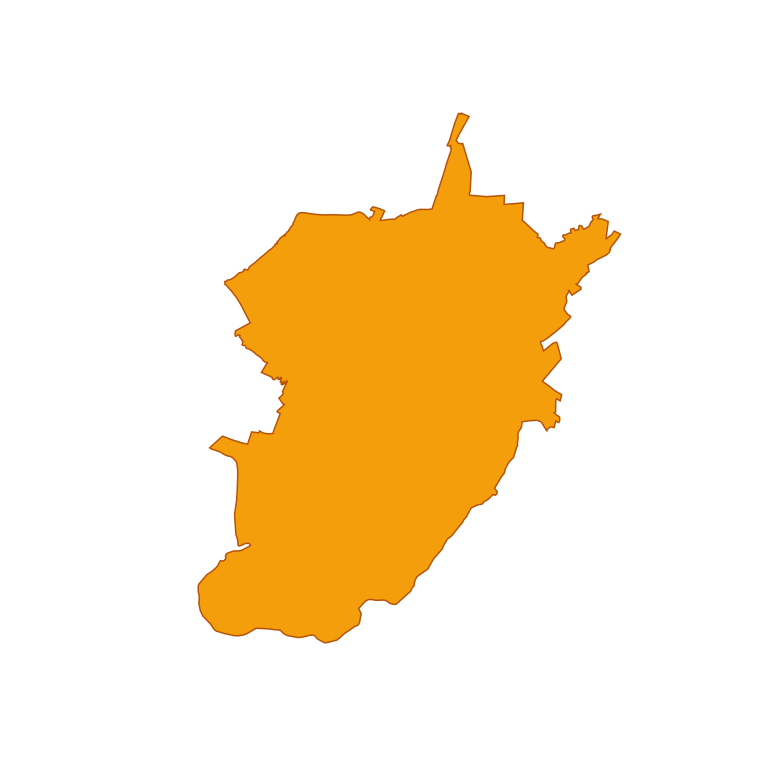 Balc, Bihor, Romania (Equal Earth projection), rotated 146°
{"feature_id": "2599482B50567308874625", "entity_name": "Balc", "entity_type": "district", "adm_level": 2, "iso_a3": "ROU", "parent_name": "Romania", "parent_adm1": "Bihor", "projection": "equal_earth", "projection_center": [22.518, 47.312], "detail": "fine", "context": "isolated", "style": "filled", "palette": "amber", "viewbox_px": 768, "rotation_deg": 146, "n_neighbors": 0, "source": "geoboundaries", "source_scale": "gbopen_adm2", "svg_char_len": 6171}
<svg xmlns="http://www.w3.org/2000/svg" viewBox="0 0 768 768"><g transform="rotate(146 384 384)"><path d="M460.0,555.7L459.8,555.7L458.5,546.3L457.9,537.5L458.3,530.1L460.7,509.5L477.3,511.1L479.5,508.9L480.4,507.0L480.2,506.4L477.6,506.2L476.7,505.8L476.1,505.1L476.3,504.6L477.0,504.4L477.5,503.8L477.2,502.5L477.3,499.7L476.9,498.9L477.0,498.5L479.8,495.8L479.4,494.9L477.5,493.4L478.2,490.9L477.8,489.9L476.7,489.0L474.9,485.5L474.7,484.1L473.8,482.6L473.6,480.5L471.7,475.8L471.0,473.1L471.1,471.0L470.9,470.2L470.4,468.9L468.7,466.9L468.9,466.3L470.0,466.4L479.2,462.1L472.9,452.0L473.6,450.7L473.3,449.9L472.5,448.8L469.8,448.9L468.7,449.4L468.1,448.6L469.2,446.9L467.6,446.2L467.0,446.9L465.9,447.2L465.7,446.5L465.8,446.0L467.6,445.0L467.8,444.3L468.6,444.0L468.8,443.6L468.2,442.5L467.4,442.0L466.0,442.1L466.2,441.7L466.8,441.2L468.9,441.8L469.2,441.4L469.3,440.9L468.6,440.3L467.2,440.0L466.3,440.0L464.4,440.8L462.9,440.9L462.5,440.4L472.1,434.7L472.5,433.4L473.2,432.3L474.9,431.6L479.0,431.1L479.0,424.6L478.0,422.6L486.9,421.4L488.2,420.7L486.5,417.6L502.2,406.5L503.5,405.0L507.5,407.2L510.1,409.5L511.6,411.0L513.5,414.7L515.0,413.5L520.6,418.3L530.7,410.4L535.7,415.8L542.0,423.8L547.1,431.1L564.3,428.6L563.5,426.7L558.1,419.7L555.9,414.9L554.4,412.4L551.7,409.6L550.6,407.0L550.0,402.5L550.3,400.7L553.2,394.9L556.7,389.6L565.0,378.1L571.4,369.8L580.8,359.5L590.9,342.1L592.5,336.6L594.9,332.4L595.1,331.1L594.5,330.6L591.9,329.9L589.2,329.6L587.0,328.7L585.5,327.7L584.8,326.7L584.9,324.9L586.3,324.8L594.8,325.7L596.8,326.4L602.3,329.7L608.1,331.3L610.1,331.2L611.5,330.1L612.9,327.6L616.1,327.0L618.5,329.0L620.2,328.3L623.5,326.3L626.1,325.6L632.0,324.9L637.3,325.0L649.0,321.8L651.1,320.2L654.2,315.6L655.4,312.2L657.9,308.5L660.4,305.2L663.0,298.9L663.9,292.9L662.0,281.6L662.1,277.5L661.8,274.3L661.0,272.7L655.5,266.0L649.0,259.2L645.1,256.4L640.7,254.5L636.7,253.6L626.6,253.0L615.5,244.7L611.7,241.1L608.5,238.7L607.6,237.5L606.8,233.1L604.7,229.4L597.2,222.0L595.6,221.0L590.0,218.5L586.3,217.4L583.4,215.6L582.2,214.0L581.8,210.5L581.3,209.0L578.3,203.2L577.3,202.2L573.7,200.6L571.5,200.0L566.5,198.1L563.1,198.2L556.9,199.2L543.5,199.3L540.7,198.7L539.5,198.9L537.3,200.3L532.6,205.2L531.7,205.8L531.3,206.9L530.5,212.1L520.8,214.4L517.2,213.9L514.1,211.6L511.5,209.1L505.0,205.0L503.3,203.1L501.6,198.6L498.8,195.5L496.8,194.7L477.9,197.3L474.4,199.4L472.0,199.9L469.1,203.1L464.5,205.9L451.0,206.1L441.3,211.1L427.8,214.8L425.3,216.6L418.2,220.0L412.9,220.3L396.3,225.4L393.3,227.0L389.3,227.9L388.8,228.5L380.9,232.6L373.5,231.3L370.3,229.7L369.0,229.7L367.1,230.5L363.3,230.1L360.4,230.4L355.5,231.5L354.1,229.6L352.6,229.6L351.5,230.2L350.3,231.6L350.7,235.7L338.2,241.6L334.5,242.7L330.0,246.3L326.5,248.2L323.8,249.4L317.6,250.7L309.7,257.2L307.8,258.1L306.7,260.1L303.5,263.7L300.7,267.9L298.7,269.4L295.1,270.8L293.5,272.1L290.6,275.4L284.4,272.5L277.3,268.2L274.8,264.5L275.3,255.2L275.1,254.1L273.9,255.2L270.3,255.4L269.3,255.0L267.4,252.7L262.2,257.3L261.7,257.0L261.7,255.9L260.6,254.3L258.5,255.7L256.9,258.6L258.6,262.6L259.0,265.2L257.4,264.8L251.4,273.5L249.2,275.4L247.4,271.5L242.7,275.8L246.6,284.2L247.8,288.6L251.2,297.8L223.0,305.8L217.7,320.7L217.7,322.2L220.8,323.3L233.3,322.2L231.6,327.4L231.4,330.0L230.3,331.5L227.8,330.7L222.5,330.6L213.2,331.3L201.7,332.6L198.8,333.7L193.2,334.6L191.5,335.5L192.0,337.7L192.8,338.9L193.0,342.8L193.2,344.4L192.1,346.2L186.2,350.3L184.3,354.4L181.8,356.1L179.4,357.1L178.8,358.4L178.6,358.4L178.2,357.8L178.1,356.6L178.6,355.8L178.5,352.5L167.5,352.5L167.6,353.3L166.6,354.1L168.9,359.2L167.2,358.9L160.6,361.4L154.1,362.1L153.9,363.0L151.4,362.4L151.0,362.6L148.5,368.9L144.2,368.0L141.3,367.8L138.2,368.0L128.0,366.7L124.2,367.0L121.4,368.5L121.1,369.6L119.5,370.4L108.7,374.0L104.1,376.0L107.6,382.1L111.5,380.5L118.5,380.1L117.8,381.3L107.3,393.3L110.6,398.5L114.2,401.5L109.6,403.8L112.6,404.7L116.4,406.5L117.3,406.5L118.1,405.9L118.6,403.4L119.0,403.1L121.6,402.7L124.0,401.3L125.2,400.3L127.0,400.1L131.5,400.5L132.2,401.0L131.9,401.7L131.8,404.4L132.0,404.9L133.0,406.0L134.2,405.8L136.0,403.6L136.5,403.5L139.8,404.3L139.5,406.9L142.2,407.9L143.3,407.5L144.4,404.5L146.5,405.7L150.0,406.0L151.3,407.0L152.1,407.2L152.9,406.9L153.3,406.4L153.4,405.6L152.9,403.7L153.0,402.8L153.5,402.4L154.6,402.2L159.7,403.2L161.8,404.5L162.9,404.7L164.8,403.5L166.3,401.7L167.8,401.3L172.3,406.1L172.7,409.9L172.2,410.4L173.3,414.0L173.4,415.4L173.0,416.5L172.9,417.5L173.3,418.3L174.9,419.7L174.9,420.1L173.2,421.1L172.8,421.6L172.7,422.4L174.0,426.4L177.5,441.5L178.0,442.1L167.1,456.2L184.1,465.7L178.7,473.0L193.8,481.7L207.5,492.6L206.6,494.5L205.4,495.1L203.7,497.1L193.1,511.1L184.3,539.4L186.1,540.2L187.8,542.5L187.9,545.7L182.4,548.9L163.9,558.2L168.5,565.3L169.2,564.6L171.0,566.7L180.5,559.9L193.4,549.3L198.2,546.5L198.3,546.0L196.9,544.9L195.8,544.8L195.4,544.3L195.4,544.0L196.8,542.9L196.9,542.5L196.5,541.6L197.2,540.7L209.6,531.2L213.1,528.1L231.3,513.8L232.9,512.1L235.0,510.6L235.3,510.8L246.3,502.3L249.5,503.8L256.3,508.5L258.2,509.4L265.5,511.4L272.1,512.5L274.8,512.6L275.0,514.5L279.1,514.8L282.9,514.6L287.4,517.5L293.7,520.5L295.5,521.8L286.7,527.2L289.7,531.9L293.7,536.8L294.7,537.1L297.8,536.1L297.6,535.4L295.2,532.4L299.1,529.7L301.1,529.2L302.1,530.1L303.4,529.4L304.1,528.4L306.0,536.8L307.4,539.4L309.0,540.9L316.2,542.4L320.2,544.6L332.8,553.7L339.2,557.7L346.4,563.3L353.9,570.2L356.3,572.0L357.5,572.8L358.2,572.5L359.4,573.3L361.0,572.5L361.7,572.9L364.6,571.1L365.7,570.2L369.3,568.3L370.4,567.0L373.3,566.4L374.9,565.4L376.3,565.1L377.7,564.0L379.6,564.3L380.5,563.6L382.7,563.3L383.0,563.1L382.9,562.4L383.5,562.6L383.8,563.2L384.4,562.8L385.5,563.4L387.0,562.8L388.1,563.2L389.3,562.5L393.6,561.4L393.9,560.8L393.5,560.0L393.7,559.8L395.1,560.6L396.2,560.6L396.6,560.6L397.1,559.5L398.3,559.7L401.8,559.0L404.3,559.1L410.8,558.2L415.7,557.9L423.0,556.8L430.0,556.4L432.4,555.0L433.9,555.0L434.8,556.7L435.7,557.1L436.7,557.0L436.9,556.0L439.8,556.2L441.7,557.2L447.7,556.3L451.5,556.3L453.3,556.6L456.1,557.8L457.5,557.4L458.6,558.0L458.9,557.9L459.1,557.0L460.0,555.7Z" fill="#f59e0b" stroke="#b45309" stroke-width="1.5"/></g></svg>